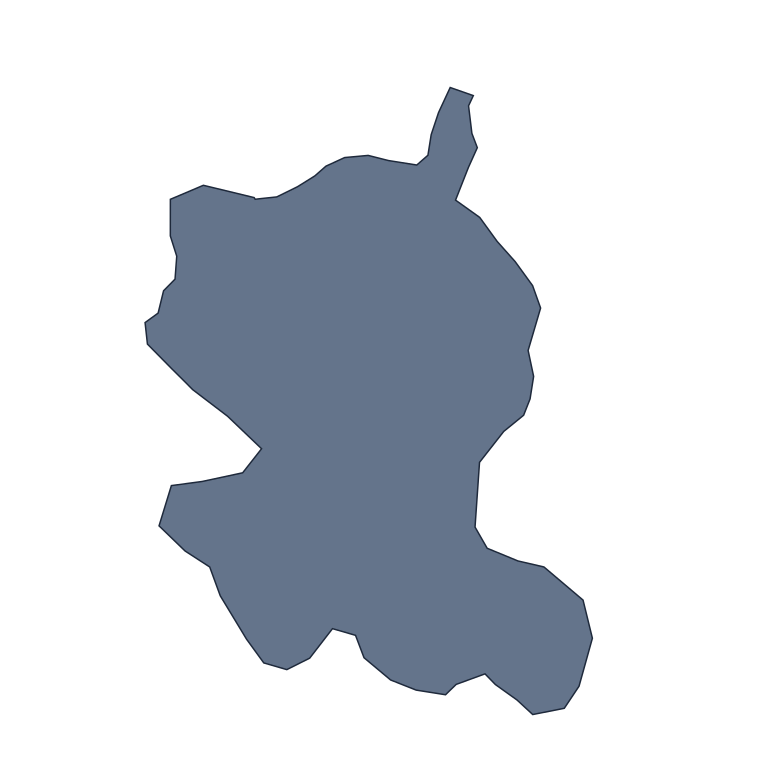 Changnyeong-gun, South Gyeongsang, South Korea (Mercator projection), rotated 9°
{"feature_id": "91817680B39611758954351", "entity_name": "Changnyeong-gun", "entity_type": "district", "adm_level": 2, "iso_a3": "KOR", "parent_name": "South Korea", "parent_adm1": "South Gyeongsang", "projection": "mercator", "projection_center": [128.494, 35.525], "detail": "fine", "context": "isolated", "style": "filled", "palette": "slate", "viewbox_px": 768, "rotation_deg": 9, "n_neighbors": 0, "source": "geoboundaries", "source_scale": "gbopen_adm2", "svg_char_len": 1113}
<svg xmlns="http://www.w3.org/2000/svg" viewBox="0 0 768 768"><g transform="rotate(9 384 384)"><path d="M427.1,85.2L403.0,80.8L395.4,107.4L391.6,130.3L391.6,151.2L382.1,162.6L353.5,162.6L332.6,160.7L309.7,166.5L292.6,177.9L283.1,189.3L267.8,202.6L248.8,216.0L231.7,220.6L227.9,221.7L226.6,220.2L174.5,216.0L144.1,235.0L149.8,271.2L159.3,290.2L161.2,313.1L151.7,326.4L149.8,349.3L138.4,360.7L144.1,381.6L172.6,402.6L186.5,412.6L195.9,419.5L234.5,440.3L273.2,467.1L258.3,493.8L219.7,508.7L189.9,517.6L184.0,559.3L213.7,580.1L240.5,592.0L255.4,618.8L281.7,649.9L288.1,657.5L308.9,678.3L332.7,681.3L353.5,666.4L371.4,633.7L395.2,636.7L407.1,657.5L436.8,675.3L463.6,681.3L493.4,681.3L495.9,677.9L502.3,669.4L529.1,654.5L541.0,663.4L564.8,675.3L582.6,687.2L612.8,676.1L623.9,652.0L629.6,602.5L614.4,566.3L570.6,539.7L543.9,537.8L511.6,530.1L496.3,511.1L490.6,446.4L509.7,412.1L526.8,393.0L530.6,375.9L530.6,353.1L521.1,328.3L526.8,284.5L515.4,263.6L494.4,242.6L473.5,225.5L452.5,204.5L425.9,191.2L433.5,156.9L439.2,136.0L431.6,122.7L424.0,96.0L427.1,85.2Z" fill="#64748b" stroke="#1e293b" stroke-width="1.5"/></g></svg>